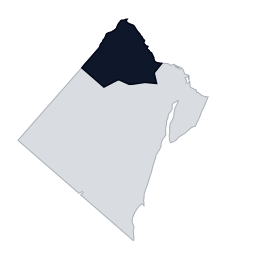 Matruh on a map of Egypt (Equal Earth projection), rotated 41°
{"feature_id": "EGY-1540", "entity_name": "Matruh", "entity_type": "Governorate", "adm_level": 1, "iso_a3": "EGY", "parent_name": "Egypt", "parent_adm1": "", "projection": "equal_earth", "projection_center": [26.768, 29.661], "detail": "fine", "context": "in_parent", "style": "filled", "palette": "ink", "viewbox_px": 256, "rotation_deg": 41, "n_neighbors": 0, "source": "natural_earth", "source_scale": "10m", "svg_char_len": 4713}
<svg xmlns="http://www.w3.org/2000/svg" viewBox="0 0 256 256"><g transform="rotate(41 128 128)"><path d="M205.9,209.5L201.7,209.5L197.5,209.5L193.2,209.5L189.0,209.5L184.8,209.5L180.6,209.5L176.4,209.5L172.1,209.5L167.9,209.5L163.7,209.5L159.5,209.5L155.3,209.5L151.1,209.5L146.8,209.5L142.6,209.5L138.4,209.5L136.0,209.5L136.4,208.0L136.6,206.9L136.3,206.1L135.5,206.0L135.0,206.2L133.8,209.4L133.1,209.5L131.6,209.5L126.7,209.5L121.8,209.5L116.9,209.5L112.0,209.5L107.0,209.5L102.1,209.5L97.2,209.5L92.3,209.5L87.4,209.5L82.5,209.5L77.6,209.5L72.7,209.5L67.8,209.5L62.8,209.5L57.9,209.5L53.0,209.5L53.0,205.6L53.1,201.8L53.1,197.9L53.1,194.1L53.1,190.2L53.1,186.3L53.1,182.5L53.2,178.6L53.2,174.8L53.2,171.0L53.2,167.1L53.2,163.3L53.3,159.5L53.3,155.6L53.3,151.8L53.3,148.0L53.3,144.2L53.4,140.4L53.4,136.6L53.4,132.8L53.4,129.0L53.4,125.2L53.5,121.4L53.5,117.6L53.5,113.8L53.5,110.1L53.5,106.3L53.6,102.5L53.6,98.8L53.6,95.0L53.6,91.2L53.6,87.5L53.5,86.8L52.9,84.2L52.3,81.0L51.6,77.0L51.5,75.8L50.4,71.7L50.3,70.5L50.6,69.7L52.5,66.3L53.1,64.6L53.6,62.6L53.7,61.0L53.2,58.5L52.6,56.3L52.4,54.0L52.3,51.8L53.3,50.2L54.4,48.8L54.8,47.9L55.5,47.0L56.0,46.5L56.9,48.5L58.9,48.8L65.2,47.0L72.2,48.8L76.0,49.5L81.9,51.1L85.6,53.8L86.6,54.1L89.2,54.1L90.9,55.7L97.7,56.5L101.3,58.2L103.4,59.7L104.6,60.1L105.7,60.0L107.2,59.5L109.0,58.5L111.0,57.1L115.2,53.5L116.7,52.9L117.6,53.1L118.8,53.0L119.3,52.1L119.9,51.4L120.3,50.6L120.9,49.7L123.1,49.5L127.4,47.9L126.9,48.7L123.0,50.4L124.7,50.6L126.4,50.0L128.4,49.7L128.7,48.9L129.0,47.5L129.4,47.3L130.7,47.6L134.9,49.7L135.9,49.8L138.7,48.6L139.4,48.4L140.3,49.0L142.5,51.7L141.7,51.6L139.4,49.3L139.2,50.5L138.0,52.5L139.6,53.3L140.9,53.6L141.7,54.8L142.1,55.8L143.4,55.3L144.3,54.0L143.8,53.2L143.5,52.4L143.9,52.4L144.8,53.1L147.5,55.6L148.4,56.2L149.4,56.1L151.5,55.3L152.0,55.5L154.8,54.5L155.2,55.2L155.7,55.9L157.9,55.1L161.5,55.1L164.4,54.3L167.8,52.3L168.0,52.0L168.2,52.5L168.7,53.9L169.8,57.4L170.8,60.1L172.0,64.0L172.3,65.4L172.5,66.5L174.2,70.7L175.3,74.2L176.1,77.0L177.2,81.1L177.6,82.6L177.0,83.3L175.6,86.0L174.4,94.6L172.4,101.3L172.2,105.5L171.9,107.0L171.0,109.1L169.8,111.2L167.5,110.1L163.9,106.5L161.7,103.0L159.4,100.7L157.3,97.8L156.6,95.6L156.6,94.2L155.6,90.9L154.9,89.3L152.3,85.7L151.5,83.8L150.9,83.0L150.3,81.8L149.3,77.2L148.3,74.3L147.1,75.1L147.3,76.3L146.4,78.0L145.8,80.0L146.3,81.6L148.4,84.1L148.9,85.1L149.4,87.5L149.4,90.7L149.8,91.7L151.4,94.1L152.0,95.5L152.3,96.7L152.9,97.8L154.5,99.9L156.8,103.8L159.0,106.4L160.6,107.7L161.3,109.0L161.5,112.3L161.4,113.9L162.8,116.9L163.3,118.4L164.7,119.6L165.3,121.0L165.9,123.3L166.9,130.0L168.1,131.7L171.8,140.6L174.9,146.3L176.5,150.5L178.8,155.6L183.4,167.0L186.1,170.5L187.2,172.4L189.1,174.0L191.1,176.2L189.2,175.9L188.7,176.1L188.0,176.5L187.8,177.8L187.6,178.9L188.0,184.6L188.6,187.6L190.4,193.2L191.8,194.8L192.4,195.9L193.3,196.7L197.4,198.6L199.9,202.7L205.3,207.8L205.9,209.2L205.9,209.5Z" fill="#d9dde1" stroke="#a8b0b8" stroke-width="1"/><path d="M53.6,105.7L53.6,99.0L53.6,92.4L53.6,89.6L53.7,87.5L53.6,86.5L53.4,85.6L52.3,82.7L52.2,82.1L52.2,81.5L52.3,80.3L52.3,79.9L52.1,79.2L51.5,77.9L51.4,77.2L51.6,76.4L51.7,76.0L51.6,75.7L50.6,72.6L50.2,71.8L50.1,71.5L50.1,70.8L50.3,70.2L50.8,69.2L51.1,68.6L51.2,68.4L51.5,67.9L51.9,67.4L52.6,66.2L52.9,65.6L53.0,65.0L53.0,64.7L53.4,63.6L53.6,62.6L53.7,62.0L53.9,61.4L54.0,60.8L53.8,60.2L53.3,58.8L53.1,58.0L52.7,57.0L52.6,56.6L52.3,54.9L52.3,53.5L52.2,52.1L52.2,51.5L52.4,51.0L54.4,49.1L54.9,47.7L55.2,47.2L56.0,46.5L56.1,47.7L56.3,48.2L56.5,48.5L56.8,48.6L57.4,48.7L57.9,48.9L58.1,48.9L58.7,48.8L58.8,48.9L58.9,49.0L59.1,49.0L59.3,48.8L59.6,48.7L60.0,48.7L62.0,48.0L64.3,47.1L64.9,47.0L66.1,47.1L71.0,48.7L74.6,49.2L74.8,49.4L75.0,49.4L75.6,49.4L75.8,49.4L76.7,49.9L77.2,50.1L77.8,50.1L78.2,49.9L78.4,49.9L78.7,50.0L78.8,50.2L79.0,50.3L79.5,50.5L80.3,50.8L81.2,50.9L81.5,51.0L81.8,51.1L82.1,51.0L82.8,51.0L83.0,51.1L83.1,51.3L83.2,51.7L83.3,51.7L83.3,51.8L83.4,52.1L83.5,52.4L83.6,52.9L83.8,53.1L84.0,53.4L84.4,53.6L84.8,53.8L85.6,53.9L85.9,54.0L86.2,54.1L86.4,53.9L87.1,54.3L87.8,54.2L89.2,53.4L89.4,53.3L89.6,53.4L89.6,53.7L89.7,54.0L89.9,54.7L90.0,55.3L90.4,55.7L91.0,55.8L93.2,55.7L93.3,55.8L93.5,55.9L93.6,56.0L93.8,56.1L94.2,56.1L94.5,56.1L95.0,56.3L95.5,56.2L96.0,55.9L96.3,55.9L96.5,55.9L96.8,56.0L97.0,56.2L97.1,56.4L97.7,56.4L97.8,56.5L98.0,56.5L100.4,57.6L100.8,57.8L101.1,58.0L101.4,58.0L101.5,58.5L101.7,58.8L101.9,58.8L104.1,60.1L106.1,60.0L106.4,60.0L108.1,59.0L109.9,58.0L110.6,57.4L111.1,57.1L111.5,68.3L112.1,69.7L120.4,75.6L110.8,82.5L102.7,92.0L100.2,94.3L90.3,97.3L89.3,97.8L88.8,98.5L88.4,99.2L83.0,112.9L53.7,112.9L53.5,107.0L53.6,105.7Z" fill="#0f172a" stroke="#020617" stroke-width="1.5"/></g></svg>